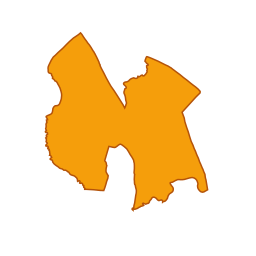 Kampong Rou, Svay Rieng, Cambodia (Albers equal-area conic projection), rotated 197°
{"feature_id": "14789045B79980971591511", "entity_name": "Kampong Rou", "entity_type": "district", "adm_level": 2, "iso_a3": "KHM", "parent_name": "Cambodia", "parent_adm1": "Svay Rieng", "projection": "albers", "projection_center": [105.949, 10.943], "detail": "fine", "context": "isolated", "style": "filled", "palette": "amber", "viewbox_px": 256, "rotation_deg": 197, "n_neighbors": 0, "source": "geoboundaries", "source_scale": "gbopen_adm2", "svg_char_len": 5774}
<svg xmlns="http://www.w3.org/2000/svg" viewBox="0 0 256 256"><g transform="rotate(197 128 128)"><path d="M199.0,85.4L198.6,84.8L198.1,84.6L197.4,84.6L197.0,84.3L197.0,83.4L196.4,83.2L196.0,82.3L195.8,81.7L195.2,80.6L195.0,80.0L195.0,79.0L194.4,79.2L193.8,78.9L193.0,78.2L192.4,77.6L192.9,76.8L193.4,75.9L193.4,75.5L193.0,75.2L192.0,75.1L191.2,75.1L190.5,74.4L190.0,73.4L189.4,73.0L188.7,72.4L187.8,71.9L187.0,71.6L186.0,71.2L184.7,70.8L183.3,70.4L182.3,69.9L181.5,69.6L180.4,69.5L179.1,69.6L178.3,69.4L177.1,68.9L176.0,69.2L175.2,69.4L174.3,69.2L173.6,68.9L172.8,68.5L172.1,68.6L171.6,68.3L170.9,67.7L169.9,66.9L169.0,66.6L167.8,66.5L166.1,66.5L165.0,66.4L164.2,66.0L163.7,65.8L162.6,65.3L161.8,64.6L161.1,63.5L160.8,62.5L160.4,62.2L159.6,63.1L158.9,63.4L158.2,62.7L158.2,61.3L157.9,61.1L157.0,61.3L156.2,61.8L155.4,61.5L154.9,60.9L154.2,59.9L153.5,60.0L153.3,59.6L153.2,58.9L153.0,58.4L152.4,58.2L151.6,57.7L151.7,57.3L151.5,56.7L150.6,57.0L142.9,58.9L139.9,59.5L136.3,60.2L132.9,61.1L132.7,64.3L132.7,68.1L132.8,70.8L132.6,73.9L133.0,76.6L134.9,78.3L136.2,79.7L136.7,81.2L137.1,83.1L137.3,86.0L137.8,86.4L138.3,87.6L139.0,88.7L140.7,89.9L140.9,104.8L139.2,105.0L137.4,105.1L135.2,105.4L134.3,105.9L133.2,107.3L132.0,109.1L130.7,110.3L129.3,110.2L126.4,109.2L123.1,107.7L120.5,105.5L118.2,103.3L116.0,101.5L115.4,101.0L114.1,99.7L113.5,99.2L112.9,98.2L112.4,97.2L111.7,96.1L110.9,93.9L110.0,90.9L109.6,89.1L109.2,87.2L108.6,86.1L108.1,85.6L108.1,85.2L107.9,84.4L107.3,81.9L107.0,80.7L106.2,78.7L105.7,77.2L105.1,76.0L104.3,75.4L103.6,73.9L103.2,73.2L102.3,71.8L101.7,70.6L101.1,68.2L100.9,65.8L100.4,62.7L99.7,58.1L99.6,55.5L99.3,54.0L99.2,53.4L99.5,53.1L100.3,52.6L100.4,52.0L100.2,51.3L99.2,50.9L99.5,51.6L99.1,52.1L98.7,52.2L98.1,52.2L97.5,52.4L96.4,53.2L95.2,54.1L94.8,54.8L94.2,55.4L93.5,55.9L93.0,56.8L92.1,57.2L90.4,58.5L91.5,59.4L91.9,59.8L91.7,60.4L91.3,60.6L90.7,60.5L89.1,60.3L88.6,60.5L87.7,61.3L86.6,61.9L86.1,62.7L85.9,63.7L86.0,64.6L85.5,65.6L85.1,66.3L84.6,68.3L83.8,69.2L82.4,69.5L81.6,69.3L80.7,69.1L80.3,69.0L79.5,68.4L79.0,68.1L78.1,67.7L77.4,67.6L76.8,67.8L75.8,68.6L74.7,69.0L73.8,68.6L73.5,68.2L73.2,67.2L72.8,67.8L72.0,68.4L71.6,68.5L71.1,69.0L70.6,69.8L70.1,71.0L69.7,72.5L69.8,73.7L69.7,75.2L69.1,77.1L68.1,78.3L67.1,79.6L66.7,80.4L66.6,81.7L66.9,83.0L67.4,83.9L67.9,84.4L68.4,84.8L68.8,85.1L69.8,85.7L70.0,86.0L71.1,86.8L71.7,87.7L71.3,88.3L70.9,88.6L70.2,88.8L69.4,89.4L67.3,91.6L65.4,93.2L64.2,93.6L62.4,94.0L60.6,94.6L58.9,95.4L56.9,96.7L54.6,98.2L52.9,99.1L51.7,99.5L49.9,99.5L48.4,99.0L47.1,98.2L46.1,97.1L45.4,96.1L44.9,95.4L44.7,94.4L44.6,93.0L43.8,91.2L42.6,89.9L40.9,88.8L39.6,88.3L38.0,88.4L36.7,89.1L35.8,90.1L33.8,92.2L37.6,99.8L38.4,101.4L39.1,102.4L39.8,103.7L40.9,106.2L42.9,108.5L44.2,110.3L45.5,111.7L48.3,115.1L49.5,116.4L50.6,117.9L51.9,119.7L53.8,121.8L55.1,123.4L56.7,125.5L58.7,127.7L60.8,130.5L63.7,133.7L66.6,137.9L69.3,142.0L72.0,145.6L75.5,150.7L77.1,153.9L80.9,158.9L72.2,177.3L69.4,182.5L69.5,183.5L69.8,184.2L70.7,184.7L72.1,185.6L75.3,187.0L78.4,188.1L81.3,189.2L85.1,190.8L89.8,192.5L94.1,194.3L98.1,195.7L100.5,196.6L102.5,197.3L104.7,198.2L105.5,198.3L107.6,198.9L110.8,199.3L118.9,200.7L122.4,201.1L125.9,201.5L128.3,201.7L130.2,201.8L130.9,201.7L131.2,201.1L131.3,199.8L131.4,198.0L131.3,196.8L130.2,196.2L129.2,195.4L128.1,195.1L127.3,194.6L127.2,193.8L128.2,193.4L128.4,192.9L127.7,191.0L126.7,190.2L126.7,189.5L126.8,188.5L126.3,187.7L126.2,186.8L126.5,185.9L126.8,184.7L128.0,182.5L129.0,182.2L129.8,182.8L130.7,182.3L131.6,180.9L132.4,180.3L133.6,180.4L133.7,179.8L133.4,179.0L133.9,178.4L134.7,177.8L135.9,177.5L137.1,177.7L138.2,177.0L139.2,176.2L139.9,175.5L140.6,174.4L141.2,173.1L142.1,172.2L143.1,171.5L143.5,171.4L144.4,170.9L145.1,170.1L145.2,169.0L144.7,168.4L143.3,167.7L142.1,167.0L141.5,166.3L141.4,165.7L142.0,165.1L142.5,164.4L142.4,163.6L142.4,161.2L141.9,160.0L141.2,159.2L140.7,158.6L140.1,157.7L139.5,156.7L138.3,154.0L137.4,152.6L136.7,151.4L136.7,150.6L136.8,149.9L136.7,148.7L137.0,146.2L139.4,148.6L147.6,155.7L152.1,159.5L156.6,163.0L159.5,165.7L163.4,169.5L167.0,173.3L170.6,176.9L173.0,179.5L173.0,180.0L173.3,180.4L173.7,180.7L174.4,181.5L175.1,182.6L176.1,183.7L176.9,184.6L177.9,185.7L179.1,187.0L180.2,188.1L181.1,189.1L181.9,189.8L183.1,191.0L184.0,191.6L186.5,193.9L188.9,195.9L190.2,196.8L190.9,197.2L193.4,199.2L195.1,200.4L197.6,202.4L198.6,203.3L199.6,204.1L201.2,205.1L202.6,202.9L204.6,200.4L206.5,198.1L209.2,193.7L211.2,190.0L213.5,185.5L216.9,179.8L218.7,176.4L220.2,174.0L221.2,170.5L221.7,167.3L222.1,164.7L222.2,162.9L221.9,161.8L221.8,161.3L221.4,160.5L221.0,159.2L220.7,158.4L220.0,157.7L218.7,157.5L217.5,157.5L216.9,157.2L216.4,156.0L215.9,155.6L215.2,155.1L214.8,154.4L214.9,153.6L214.4,153.2L213.6,153.1L212.4,152.4L211.8,151.7L210.5,151.6L209.1,150.8L208.1,149.7L206.1,147.8L204.6,146.2L203.6,144.7L202.6,143.2L201.8,141.8L201.3,140.7L200.9,139.5L200.6,137.9L200.3,136.4L200.3,134.4L200.4,132.5L200.6,130.7L201.1,129.8L201.9,128.9L204.2,127.9L205.1,126.5L205.5,124.8L205.2,123.0L205.0,121.4L205.1,119.9L205.9,118.6L208.4,116.5L209.5,115.4L209.6,114.8L208.8,113.9L208.2,113.6L207.6,112.9L207.3,112.4L208.3,111.8L207.7,110.4L207.2,110.0L207.5,109.4L207.3,109.1L207.3,108.5L207.6,107.9L207.4,107.4L207.2,106.7L206.7,106.0L206.8,105.5L206.5,104.6L206.6,103.7L206.6,103.4L206.4,103.0L205.3,102.0L205.6,101.2L205.9,100.9L205.9,100.2L205.3,99.8L204.9,99.7L204.2,100.0L203.7,99.9L203.4,99.4L203.1,98.4L203.5,98.1L204.0,97.2L203.7,96.6L203.1,95.9L203.4,95.5L203.6,95.1L203.5,94.7L203.7,94.4L202.9,93.9L203.0,93.6L202.8,93.2L202.5,92.7L202.4,92.0L202.4,91.2L201.8,90.5L201.2,90.4L200.7,89.7L201.2,88.4L201.5,87.8L201.4,87.1L201.0,86.7L200.3,87.0L199.6,87.2L198.8,86.7L198.6,86.3L198.5,85.9L199.0,85.4Z" fill="#f59e0b" stroke="#b45309" stroke-width="1.5"/></g></svg>